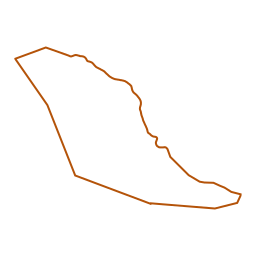 Saint Marie Road, Praslin, Saint Lucia
{"feature_id": "8701671B49997775844737", "entity_name": "Saint Marie Road", "entity_type": "district", "adm_level": 2, "iso_a3": "LCA", "parent_name": "Saint Lucia", "parent_adm1": "Praslin", "projection": "albers", "projection_center": [-60.917, 13.855], "detail": "fine", "context": "isolated", "style": "outline", "palette": "amber", "viewbox_px": 256, "rotation_deg": 0, "n_neighbors": 0, "source": "geoboundaries", "source_scale": "gbopen_adm2", "svg_char_len": 4959}
<svg xmlns="http://www.w3.org/2000/svg" viewBox="0 0 256 256"><path d="M15.4,58.7L15.5,59.2L47.4,105.1L75.2,175.5L150.6,203.8L150.8,203.3L164.0,204.4L214.9,208.5L237.2,202.9L240.5,195.7L240.6,194.3L231.3,191.9L224.5,187.6L219.8,185.7L213.5,182.8L204.4,182.5L199.7,181.7L188.7,175.2L170.3,156.9L167.5,149.1L166.7,148.2L166.5,147.9L166.3,147.8L166.2,147.7L165.9,147.5L165.7,147.4L165.3,147.3L165.2,147.3L165.0,147.2L164.2,147.2L164.1,147.3L163.8,147.3L163.3,147.4L163.1,147.4L162.8,147.4L161.3,147.4L161.1,147.4L160.7,147.4L160.4,147.4L160.1,147.4L159.9,147.3L159.7,147.3L159.3,147.3L158.9,147.1L158.7,147.1L158.3,146.8L158.2,146.7L157.8,146.5L157.7,146.4L157.3,146.2L157.2,146.1L156.9,145.7L156.6,145.3L156.5,145.1L156.3,144.7L156.2,144.3L156.1,144.1L156.0,143.6L155.9,143.3L155.9,142.7L155.9,142.3L156.0,142.1L156.0,141.9L156.2,141.5L156.4,141.0L156.5,140.6L156.6,140.3L156.7,140.1L156.8,139.8L157.1,139.0L157.1,138.9L157.1,138.3L157.0,138.1L156.9,137.8L156.8,137.6L156.6,137.5L156.3,137.2L156.2,137.1L155.9,137.0L155.7,136.9L154.6,136.7L154.4,136.7L154.2,136.7L153.8,136.6L153.7,136.6L153.3,136.5L152.8,136.3L152.6,136.2L152.4,136.1L152.1,135.9L151.6,135.6L151.4,135.5L151.2,135.3L150.9,135.0L150.7,134.9L150.6,134.7L150.2,134.3L150.0,134.1L149.7,133.8L149.4,133.6L149.2,133.5L149.1,133.4L148.5,133.2L148.4,133.1L148.3,132.9L148.1,132.6L147.9,132.3L147.7,131.9L147.6,131.5L147.5,131.1L147.5,130.9L147.4,130.7L147.3,130.3L147.3,130.2L147.2,129.7L147.1,129.3L147.0,129.2L146.9,128.8L146.6,128.0L146.5,127.8L146.3,127.4L146.2,127.2L146.1,126.9L145.8,126.1L145.6,125.8L145.5,125.6L144.9,124.3L144.8,124.1L144.7,123.9L144.2,122.7L143.9,122.0L143.8,121.8L143.6,121.4L143.5,121.2L143.4,121.0L143.2,120.4L143.1,120.2L142.9,119.4L142.8,119.2L142.8,118.9L142.7,118.5L142.6,118.2L142.4,117.8L142.3,117.5L142.0,116.6L141.9,116.4L141.6,115.6L141.6,115.4L141.4,115.0L141.4,114.8L141.3,114.4L141.2,114.2L141.2,113.7L141.1,113.3L141.0,113.2L141.0,112.7L140.9,112.3L140.8,111.9L140.8,111.7L140.6,111.1L140.4,110.6L140.2,110.1L140.1,109.9L140.0,109.7L140.0,109.3L139.9,109.0L139.9,108.5L140.0,107.9L140.0,107.7L140.0,107.3L140.1,107.0L140.2,106.8L140.3,106.4L140.4,106.1L140.5,105.9L140.5,105.7L140.7,105.1L140.8,104.4L140.9,104.2L140.9,103.7L140.9,103.0L140.9,102.6L140.9,102.2L140.8,101.8L140.7,101.4L140.7,101.2L140.5,100.9L140.5,100.7L140.3,100.3L140.2,100.0L140.1,99.8L139.7,99.1L139.6,98.9L139.4,98.6L139.1,98.3L138.9,97.9L138.7,97.6L138.2,97.1L137.9,96.7L137.7,96.4L137.6,96.2L137.2,95.8L137.1,95.7L136.7,95.2L136.3,94.8L136.1,94.6L135.8,94.4L135.2,93.8L134.9,93.6L134.6,93.4L134.3,93.1L133.9,92.7L133.7,92.6L133.6,92.4L133.2,92.0L132.9,91.5L132.6,90.9L132.4,90.5L132.4,90.3L132.2,90.0L132.2,89.8L132.1,89.6L132.1,89.4L131.9,88.7L131.8,88.3L131.8,88.1L131.7,87.6L131.5,86.9L131.4,86.6L131.3,86.4L131.3,86.2L131.2,86.1L131.1,85.9L130.8,85.5L130.6,85.4L130.5,85.2L130.2,85.0L129.9,84.7L129.7,84.4L129.4,84.2L129.0,83.9L128.4,83.5L128.3,83.4L128.1,83.3L127.6,82.8L127.4,82.6L127.1,82.4L126.9,82.3L126.5,82.1L126.4,82.0L126.1,81.8L125.6,81.5L125.3,81.3L124.9,81.1L124.4,81.0L124.1,80.9L123.7,80.7L123.3,80.7L122.7,80.5L122.3,80.4L122.1,80.4L121.8,80.3L121.4,80.2L121.0,80.2L120.9,80.1L120.7,80.1L120.3,80.1L120.1,80.0L119.9,80.0L119.6,79.9L119.2,79.8L118.5,79.7L118.3,79.7L117.8,79.6L117.6,79.6L117.2,79.5L116.6,79.4L116.1,79.3L115.9,79.3L115.6,79.2L115.4,79.2L115.2,79.1L114.8,79.1L114.3,78.9L114.0,78.8L113.8,78.7L113.7,78.7L113.1,78.4L112.8,78.3L112.6,78.2L112.3,78.1L112.0,77.9L111.6,77.7L111.3,77.5L111.0,77.3L110.8,77.2L110.5,77.0L110.2,76.8L109.8,76.6L109.5,76.4L109.2,76.1L109.0,75.9L108.8,75.8L108.7,75.7L108.3,75.3L108.0,75.0L107.6,74.6L107.1,74.2L106.7,73.8L106.6,73.7L106.4,73.6L106.0,73.2L105.5,72.6L105.3,72.5L105.0,72.2L104.8,71.9L104.7,71.8L104.4,71.6L104.3,71.4L104.1,71.3L103.8,71.1L103.1,70.7L102.6,70.4L102.1,70.1L101.6,69.9L101.0,69.6L100.7,69.4L100.2,69.1L99.9,68.9L99.1,68.6L98.8,68.4L98.6,68.3L98.0,68.0L97.2,67.6L96.5,67.2L96.4,67.1L96.2,67.0L95.8,66.7L95.2,66.0L94.9,65.8L94.8,65.6L94.5,65.3L94.2,65.0L94.0,64.7L93.8,64.5L93.6,64.2L93.3,63.9L93.2,63.8L92.9,63.5L92.5,63.1L92.4,62.9L92.1,62.7L91.9,62.6L91.4,62.3L91.1,62.2L90.4,61.9L90.0,61.8L89.8,61.7L89.5,61.6L89.3,61.6L89.1,61.5L88.6,61.4L88.4,61.4L87.9,61.2L87.4,61.0L87.2,60.7L86.9,60.3L86.8,60.1L86.6,59.8L86.5,59.5L86.4,59.3L86.1,58.8L86.0,58.7L85.8,58.4L85.4,57.9L85.3,57.7L85.2,57.6L84.9,57.4L84.0,56.8L83.6,56.6L83.3,56.5L83.1,56.5L82.9,56.4L82.6,56.3L82.4,56.3L82.2,56.3L81.7,56.2L81.3,56.2L81.1,56.2L80.8,56.2L80.4,56.1L80.1,56.1L79.9,56.0L79.7,56.0L79.6,55.9L79.4,55.9L79.0,55.7L78.8,55.7L78.6,55.6L78.4,55.6L78.2,55.5L77.7,55.4L77.4,55.3L77.2,55.2L76.8,55.1L76.6,55.1L76.3,55.1L76.1,55.0L75.5,55.0L75.3,55.1L75.2,55.1L74.8,55.2L74.6,55.2L74.4,55.3L73.8,55.5L72.9,55.9L72.5,56.0L72.3,56.1L71.9,56.2L71.6,56.3L71.4,56.4L71.0,56.4L70.6,56.4L70.2,56.3L70.1,56.2L69.7,56.1L69.0,55.8L68.9,55.7L68.7,55.6L68.1,55.4L45.8,47.5L15.4,58.7Z" fill="none" stroke="#b45309" stroke-width="2"/></svg>